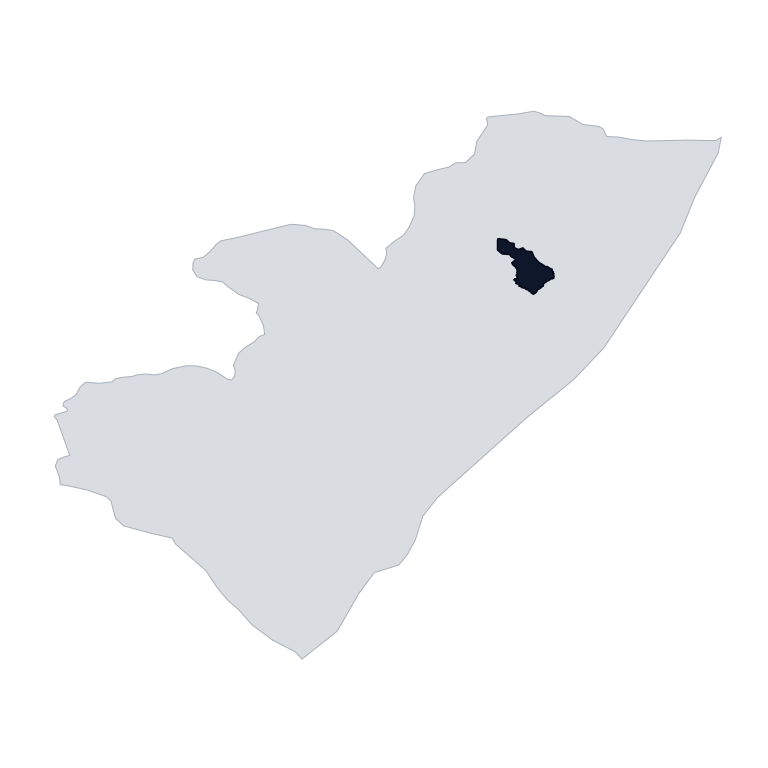 Pynes Town, Sinoe, Liberia shown in context, rotated 272°
{"feature_id": "62588387B44747363578735", "entity_name": "Pynes Town", "entity_type": "district", "adm_level": 2, "iso_a3": "LBR", "parent_name": "Liberia", "parent_adm1": "Sinoe", "projection": "natural_earth1", "projection_center": [-8.563, 5.57], "detail": "fine", "context": "in_parent", "style": "filled", "palette": "ink", "viewbox_px": 768, "rotation_deg": 272, "n_neighbors": 0, "source": "geoboundaries", "source_scale": "gbopen_adm2", "svg_char_len": 5084}
<svg xmlns="http://www.w3.org/2000/svg" viewBox="0 0 768 768"><g transform="rotate(272 384 384)"><path d="M106.2,311.6L113.3,304.6L123.9,282.0L138.7,260.4L152.4,247.6L163.4,234.4L174.9,224.2L191.4,212.4L216.7,181.3L222.6,177.7L226.7,156.2L233.1,128.8L240.4,120.3L257.6,115.2L261.6,110.5L267.7,91.2L271.7,68.7L272.0,63.8L278.8,63.2L290.4,58.4L297.1,60.6L300.0,67.0L301.6,72.5L336.7,58.5L339.7,55.6L341.6,56.1L346.0,68.7L348.5,67.9L350.6,64.3L353.0,63.9L355.7,65.6L358.5,71.5L362.9,76.8L370.5,80.5L375.3,85.7L374.8,99.2L376.6,112.3L379.9,115.3L381.7,123.2L382.6,131.8L384.4,136.3L385.7,145.0L385.0,154.3L386.4,160.9L392.0,172.2L395.4,186.5L395.5,196.5L393.4,207.2L389.7,216.9L383.2,227.5L382.6,231.6L386.5,234.4L392.4,234.9L397.3,232.8L409.7,237.6L416.2,244.6L421.9,253.2L427.1,257.6L429.4,263.0L438.2,261.5L448.5,256.3L450.6,253.8L453.6,255.1L460.2,255.7L464.9,246.2L468.6,235.4L476.5,223.7L480.4,219.1L481.5,211.6L481.9,201.9L484.8,193.5L491.3,188.9L498.4,188.9L502.3,190.7L504.2,198.8L509.9,205.0L514.8,209.3L517.4,211.1L521.4,215.9L525.3,232.3L540.4,285.3L539.7,299.9L536.7,309.5L536.6,318.8L535.6,328.0L526.3,343.2L498.9,374.1L501.0,376.8L507.6,380.4L514.2,382.2L519.7,381.2L526.6,389.0L533.9,398.7L541.7,403.7L553.0,408.2L562.9,408.7L571.3,407.0L583.1,408.9L595.7,417.0L600.1,430.2L603.2,441.8L607.5,447.7L608.1,457.7L617.1,466.5L629.8,468.3L646.4,478.6L650.6,478.0L652.4,476.8L654.5,478.7L658.6,508.5L661.8,524.3L660.2,530.7L657.9,535.7L657.8,559.8L650.3,573.6L649.1,588.7L647.0,593.7L639.0,598.0L639.0,609.7L636.8,623.7L636.0,638.7L638.3,677.8L638.7,706.9L642.3,712.4L626.7,710.0L580.9,687.7L545.6,675.0L427.3,602.1L394.5,572.9L356.7,529.3L272.6,441.6L253.4,427.5L229.2,420.7L214.2,413.2L203.7,405.1L195.1,380.8L174.1,366.4L135.3,345.8L106.2,311.6Z" fill="#d9dde1" stroke="#a8b0b8" stroke-width="1"/><path d="M533.0,492.7L532.8,492.7L532.5,492.6L530.9,492.4L530.0,492.5L528.8,492.5L528.0,492.6L526.6,492.6L525.6,492.6L524.0,492.7L522.3,492.7L522.0,492.8L521.5,493.0L521.2,493.6L521.0,493.8L520.9,494.0L519.9,495.3L518.8,496.5L518.6,496.9L518.2,497.6L518.1,497.8L518.0,498.7L518.0,498.8L517.9,501.3L517.9,503.0L517.8,504.3L517.7,505.0L516.8,505.9L515.9,506.5L515.6,506.8L515.1,507.7L515.0,508.0L514.8,508.5L514.3,509.5L513.8,510.1L513.3,510.5L513.0,510.8L512.5,511.1L512.3,511.1L512.0,510.7L511.8,510.8L511.6,510.2L511.4,509.6L511.2,509.2L510.8,509.1L510.5,508.8L510.3,508.2L510.0,507.8L509.5,507.5L508.8,507.8L508.6,508.4L508.2,508.5L507.7,508.4L507.5,508.7L507.2,509.1L507.1,509.4L506.5,509.8L506.2,510.3L506.0,511.0L505.6,511.4L505.3,511.4L504.7,511.5L504.4,512.0L503.7,512.6L503.2,512.8L502.8,512.9L502.3,512.9L501.9,513.1L501.7,513.2L501.3,513.1L500.9,513.2L500.4,512.9L500.1,512.8L499.6,513.3L499.3,513.4L498.8,513.4L498.5,513.1L498.3,512.9L497.4,512.3L497.1,512.4L496.6,513.2L496.2,513.1L495.7,513.0L495.4,513.0L494.9,513.3L494.6,513.3L494.2,513.1L493.8,512.6L493.7,512.2L493.5,511.5L493.6,511.3L493.7,511.1L492.8,510.2L492.4,510.3L492.1,510.7L491.7,511.5L491.5,512.1L491.0,512.4L490.5,512.5L490.0,512.8L489.9,512.7L489.5,512.2L489.2,512.2L488.9,512.9L488.6,513.5L488.5,514.4L488.2,515.0L487.8,515.8L487.5,516.3L487.3,515.8L486.9,515.5L486.5,515.5L486.4,515.8L486.5,516.2L486.7,516.6L486.6,517.3L486.4,517.4L486.0,517.5L485.5,517.8L485.1,518.6L485.0,519.3L484.7,520.6L485.1,521.1L485.2,521.6L485.1,521.9L484.3,521.9L483.8,522.2L483.5,522.8L483.2,523.3L483.2,523.6L483.5,523.9L483.3,524.3L482.9,524.7L482.8,525.1L482.5,525.5L482.1,525.7L481.6,525.9L481.6,526.7L481.3,527.3L480.9,527.8L480.4,527.8L479.5,529.0L479.1,529.7L479.0,530.4L479.6,531.3L480.2,532.1L481.0,533.0L481.4,533.3L482.7,533.8L483.4,534.3L484.1,535.2L484.4,536.0L484.8,536.3L485.3,536.7L485.4,537.3L486.2,537.7L486.5,538.4L486.9,538.8L487.4,539.7L488.2,539.9L489.2,539.9L489.9,540.0L490.2,540.2L490.6,541.1L491.3,542.3L491.8,542.4L492.3,543.1L493.0,544.7L493.6,545.7L494.4,546.7L494.8,547.2L494.9,547.9L495.1,549.0L495.4,549.5L495.6,549.8L495.8,549.6L496.0,549.3L496.5,549.8L497.0,550.2L497.3,549.9L497.7,550.1L497.9,550.0L498.2,549.9L498.4,549.9L498.6,549.9L498.8,549.8L498.9,549.5L499.0,549.4L499.4,549.1L499.6,549.3L499.9,549.6L499.9,549.9L500.1,550.0L500.6,549.6L500.5,549.4L500.6,549.2L500.9,549.4L501.0,549.3L501.1,549.1L501.5,548.9L502.0,549.2L502.4,548.5L503.1,548.4L503.4,547.8L504.1,548.0L504.6,548.0L504.9,547.3L504.9,547.1L505.4,545.7L505.8,545.1L506.4,544.2L507.0,543.5L507.0,542.2L507.2,541.3L507.1,540.2L507.4,539.8L508.1,539.8L509.0,538.1L509.7,536.9L510.2,535.8L510.6,535.0L510.7,534.9L512.2,533.4L513.1,532.4L514.5,531.2L515.8,529.8L517.3,529.1L518.7,528.4L519.9,527.9L521.0,527.4L521.5,526.8L521.6,525.7L521.5,524.6L521.7,523.5L521.6,521.9L522.0,521.3L523.3,519.7L524.9,518.0L523.1,513.8L524.6,510.0L525.1,509.4L525.2,509.5L525.3,509.5L525.8,509.4L526.0,509.3L526.4,509.3L528.0,509.2L529.0,509.0L529.1,507.8L529.2,506.6L529.3,506.2L529.3,505.8L529.5,505.1L530.0,503.9L530.5,503.2L530.8,503.0L531.7,502.3L532.3,501.4L532.6,500.9L532.6,500.5L532.8,498.8L532.9,496.5L533.1,495.2L533.1,494.4L533.2,494.1L533.1,493.2L533.0,492.7Z" fill="#0f172a" stroke="#020617" stroke-width="1.5"/></g></svg>